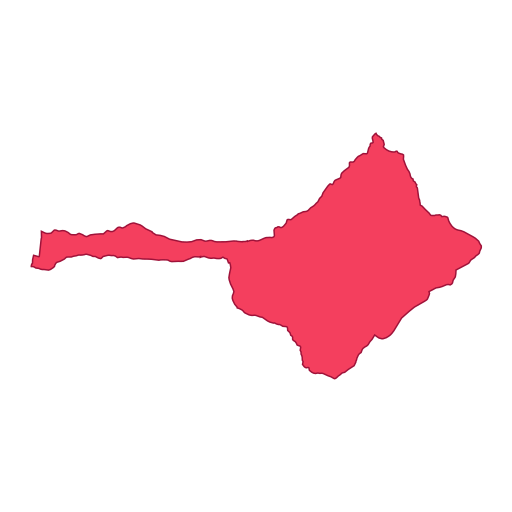 the district of Cumanda, Chimborazo, Ecuador
{"feature_id": "8360857B2358017472723", "entity_name": "Cumanda", "entity_type": "district", "adm_level": 2, "iso_a3": "ECU", "parent_name": "Ecuador", "parent_adm1": "Chimborazo", "projection": "orthographic", "projection_center": [-79.101, -2.211], "detail": "fine", "context": "isolated", "style": "filled", "palette": "rose", "viewbox_px": 512, "rotation_deg": 0, "n_neighbors": 0, "source": "geoboundaries", "source_scale": "gbopen_adm2", "svg_char_len": 6060}
<svg xmlns="http://www.w3.org/2000/svg" viewBox="0 0 512 512"><path d="M376.0,133.3L375.0,133.9L373.2,135.9L372.4,136.9L372.3,138.2L373.0,141.1L373.1,142.4L372.6,142.9L371.2,143.1L370.6,143.4L370.2,144.5L370.1,146.0L369.1,147.4L368.6,148.5L367.5,153.0L367.1,153.5L366.6,153.8L363.2,153.6L359.8,155.7L358.4,156.3L357.3,157.3L355.2,159.7L354.3,161.3L353.7,161.7L352.9,162.1L350.3,162.0L349.7,162.4L349.4,162.9L349.5,165.6L349.1,167.0L348.5,167.6L344.2,170.8L341.7,173.2L341.1,174.6L340.7,177.5L339.9,178.2L335.7,180.0L334.9,180.5L334.0,181.8L333.3,183.6L332.5,184.5L331.9,184.5L330.2,183.9L329.7,184.1L327.8,186.1L323.1,192.7L321.8,196.2L319.6,198.4L317.9,201.8L316.1,203.4L315.0,204.7L313.7,205.9L310.7,207.8L308.0,210.6L306.4,211.4L303.2,211.8L299.8,213.4L298.3,213.8L297.3,214.8L294.7,216.5L291.4,219.4L290.8,219.7L288.0,219.4L287.6,219.6L287.2,219.8L286.8,220.9L286.2,223.1L283.6,226.2L282.3,227.2L281.6,227.5L280.4,227.5L279.0,226.8L277.9,226.8L276.7,227.6L275.3,227.9L274.6,228.8L274.0,230.2L274.4,235.7L274.1,236.4L273.6,237.0L271.9,237.6L270.1,237.4L266.1,237.6L264.3,238.2L259.7,240.3L258.1,240.8L256.9,240.9L255.3,240.8L253.4,240.2L251.6,240.3L250.2,240.5L247.5,241.4L247.4,240.9L245.6,241.5L242.4,241.6L242.3,241.8L237.7,241.4L236.5,241.1L233.6,241.0L225.7,241.8L216.9,241.9L214.4,241.5L212.7,240.8L211.2,240.4L209.7,240.4L206.6,241.1L205.1,241.2L201.1,239.7L200.1,239.7L196.6,239.9L191.6,241.7L186.9,242.1L181.9,241.9L169.6,239.2L164.4,236.5L160.3,235.4L156.0,234.9L152.2,232.4L152.1,231.8L145.7,228.8L142.0,226.0L140.1,224.9L134.4,223.1L133.2,223.0L130.4,223.7L126.6,225.7L125.5,226.7L122.9,227.9L122.1,228.0L120.0,227.2L119.1,227.2L118.1,227.4L117.4,227.8L114.3,230.7L112.6,231.5L110.8,231.6L108.1,230.7L107.5,230.6L106.8,230.9L103.4,233.9L100.2,233.9L94.7,234.3L90.4,234.9L87.3,236.4L86.5,236.6L85.4,236.3L83.7,235.5L82.8,234.8L79.3,233.4L78.3,233.6L76.6,234.6L75.3,234.8L71.7,234.7L70.5,234.4L68.1,232.5L66.4,231.6L64.9,230.9L63.7,230.7L62.4,230.6L59.3,231.1L58.6,231.1L55.9,230.1L54.3,230.1L51.4,232.9L50.8,233.2L49.3,233.4L47.5,233.5L46.2,233.4L44.7,232.9L41.4,231.3L41.5,237.9L41.2,238.8L39.3,256.3L39.1,256.6L38.7,256.7L33.6,255.3L32.6,259.7L32.5,263.1L32.1,263.9L31.7,264.1L31.2,266.4L30.7,266.6L33.0,266.6L34.2,267.0L35.8,268.0L38.9,268.4L40.4,269.1L42.1,269.5L44.0,269.5L48.6,270.1L50.6,269.4L53.4,267.5L54.5,266.4L54.7,265.3L55.8,263.3L56.9,262.3L60.1,261.3L64.3,259.1L66.4,257.2L67.9,257.0L71.3,257.0L73.6,256.2L76.2,255.8L78.7,255.0L80.5,255.1L82.3,255.0L84.6,254.6L85.4,254.3L86.5,254.2L90.9,255.4L92.8,256.4L95.4,256.5L98.3,258.0L100.5,258.6L101.2,258.4L103.1,256.5L107.4,255.4L108.9,255.2L111.5,255.6L113.6,255.5L115.5,256.1L117.5,257.6L120.3,257.1L121.7,257.1L123.0,257.4L127.1,257.2L128.6,257.5L131.6,258.6L133.5,259.0L138.8,258.5L142.8,259.0L148.7,259.1L151.8,259.3L158.9,260.2L160.5,259.9L162.9,259.8L166.8,259.9L168.0,260.1L170.0,261.2L171.7,261.6L178.4,261.3L180.4,261.4L183.4,261.3L189.0,258.9L189.7,258.8L192.5,257.3L194.8,256.7L198.6,256.9L199.6,256.8L200.5,256.5L200.4,257.3L201.4,256.9L204.0,256.4L205.2,256.7L208.5,257.9L211.0,258.3L213.9,258.0L216.5,258.5L218.6,258.6L219.6,258.5L219.4,259.1L219.7,258.5L221.0,258.3L222.7,257.2L223.0,257.2L224.9,258.4L226.7,258.8L227.2,259.2L228.5,262.9L229.7,262.7L230.3,264.5L230.8,267.7L229.5,273.8L228.9,277.6L229.2,279.8L230.6,284.1L232.9,288.7L233.9,291.5L233.3,293.8L232.5,295.6L232.3,297.2L232.3,298.5L232.9,300.5L234.7,304.2L237.1,307.1L237.2,307.9L239.4,308.6L241.9,309.9L243.3,311.1L243.9,312.0L244.9,312.9L249.1,314.9L251.6,315.4L252.7,315.4L254.5,315.2L255.9,315.4L260.0,316.9L262.4,317.3L267.5,320.9L269.9,322.1L273.5,323.1L274.4,322.9L276.6,324.0L278.3,324.5L279.4,324.5L280.4,324.8L282.8,326.3L286.3,326.6L287.1,327.0L287.5,327.9L287.7,330.5L289.7,332.4L290.2,333.3L290.7,335.2L291.9,336.0L292.6,337.1L292.6,339.3L293.2,340.3L295.3,341.7L296.4,343.3L297.1,345.0L298.5,345.6L299.8,345.9L300.7,347.1L300.2,350.3L301.0,351.8L301.1,354.2L301.8,355.6L302.2,357.3L302.3,360.2L303.1,361.6L302.5,364.4L304.1,366.5L304.2,367.1L304.2,366.9L304.6,367.0L305.4,367.5L306.3,367.8L307.9,367.5L308.6,367.6L309.0,368.1L309.3,370.1L309.6,370.5L311.7,372.2L313.5,373.1L315.5,373.5L317.8,373.0L320.0,373.4L321.1,373.2L322.9,373.4L327.9,375.7L331.0,376.8L333.8,378.4L334.5,378.7L335.3,378.5L335.9,378.2L337.2,377.1L338.4,375.9L339.8,375.0L342.1,373.0L342.6,372.8L344.7,372.3L348.2,369.5L354.1,365.7L355.8,362.2L355.9,361.3L356.5,360.0L356.9,358.2L358.4,354.9L359.5,353.6L361.1,352.5L362.2,349.5L363.0,348.4L364.8,347.0L366.8,345.9L368.1,344.7L369.9,341.7L372.0,339.4L374.7,335.0L377.3,336.9L379.0,338.0L382.0,338.8L383.1,338.7L386.2,337.7L388.7,336.2L390.4,334.9L391.9,333.3L393.8,330.8L401.6,318.0L409.4,311.1L414.5,307.0L424.5,301.3L426.5,300.0L427.4,299.1L428.9,295.5L429.5,293.6L429.0,291.6L436.0,287.9L439.6,287.3L442.2,286.5L446.7,284.6L448.5,284.5L450.2,284.9L451.7,284.0L452.5,282.9L453.1,280.3L455.3,276.9L455.8,273.9L456.0,270.0L468.1,263.6L469.1,262.8L470.4,260.6L471.1,259.8L474.4,257.6L476.1,255.7L477.7,254.7L478.9,253.6L479.3,253.1L479.8,251.0L481.1,248.3L481.3,247.5L481.3,245.9L479.7,243.5L478.7,241.2L475.3,238.2L473.2,236.9L463.9,231.8L461.0,230.7L457.7,230.0L456.1,229.4L454.6,228.6L452.7,227.0L451.9,226.2L449.9,223.3L448.7,220.9L447.8,217.7L447.4,217.2L445.3,216.5L444.3,216.3L441.8,216.6L440.8,215.3L439.5,214.8L437.9,215.0L436.0,215.0L434.6,215.5L431.7,215.5L430.8,215.3L430.0,214.4L429.3,213.3L425.2,209.4L422.1,206.1L420.3,205.2L420.1,203.9L420.1,203.0L419.8,202.0L419.6,200.2L418.7,198.0L417.4,188.4L417.2,187.7L416.4,186.9L416.4,185.7L416.8,184.8L415.8,183.7L415.0,182.0L413.3,180.9L413.0,179.0L411.7,178.3L410.9,177.3L410.4,176.0L409.9,173.7L408.9,171.4L407.4,169.3L405.6,165.4L403.4,159.3L403.6,156.4L403.5,154.9L402.4,154.2L400.6,153.8L398.4,153.0L397.7,152.4L397.1,151.3L396.7,151.2L396.1,151.2L395.0,151.9L393.7,152.0L391.6,151.8L388.8,151.0L386.3,149.6L384.3,148.0L383.7,147.4L383.4,146.8L384.2,144.4L383.2,140.4L381.8,139.3L381.5,137.9L380.3,137.5L379.3,136.4L377.9,135.8L376.5,134.4L376.0,133.3Z" fill="#f43f5e" stroke="#9f1239" stroke-width="1.5"/></svg>